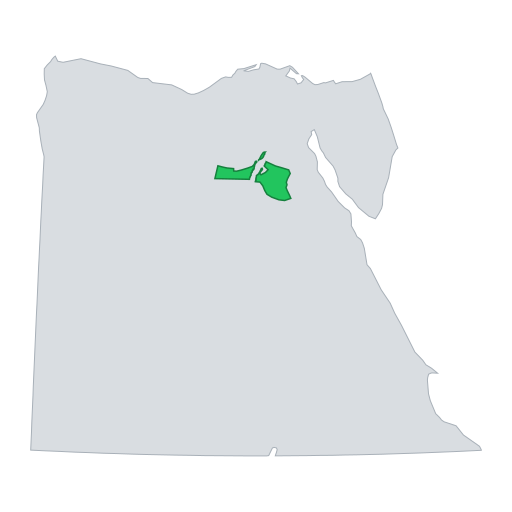 location of Zemam Out, Al Bahr al Ahmar, Egypt
{"feature_id": "37247803B53216268294562", "entity_name": "Zemam Out", "entity_type": "district", "adm_level": 2, "iso_a3": "EGY", "parent_name": "Egypt", "parent_adm1": "Al Bahr al Ahmar", "projection": "orthographic", "projection_center": [31.011, 28.84], "detail": "fine", "context": "in_parent", "style": "filled", "palette": "green", "viewbox_px": 512, "rotation_deg": 0, "n_neighbors": 0, "source": "geoboundaries", "source_scale": "gbopen_adm2", "svg_char_len": 6602}
<svg xmlns="http://www.w3.org/2000/svg" viewBox="0 0 512 512"><path d="M481.3,450.3L468.9,450.9L456.5,451.5L444.1,452.0L431.7,452.5L419.3,453.0L406.8,453.4L394.4,453.8L382.0,454.2L369.5,454.5L357.1,454.8L344.6,455.0L332.2,455.3L319.8,455.4L307.3,455.6L294.9,455.7L282.4,455.8L275.3,455.8L276.5,452.2L277.2,449.6L276.4,447.9L274.0,447.4L272.4,448.0L268.7,455.6L266.7,455.9L262.3,455.9L247.8,455.9L233.3,455.8L218.8,455.7L204.3,455.6L189.8,455.3L175.3,455.1L160.8,454.8L146.4,454.5L131.9,454.1L117.4,453.6L102.9,453.2L88.5,452.6L74.0,452.1L59.6,451.4L45.1,450.8L30.7,450.1L31.1,440.9L31.5,431.8L31.8,422.7L32.2,413.5L32.6,404.4L33.0,395.3L33.3,386.1L33.7,377.0L34.1,367.8L34.5,358.7L34.9,349.5L35.3,340.4L35.7,331.2L36.1,322.0L36.5,312.9L37.0,303.7L37.4,294.5L37.8,285.4L38.2,276.2L38.6,267.0L39.1,257.9L39.5,248.7L40.0,239.5L40.4,230.3L40.8,221.1L41.3,212.0L41.7,202.8L42.2,193.6L42.7,184.4L43.1,175.2L43.6,166.1L44.1,156.9L43.8,155.1L42.2,148.8L40.8,140.8L39.4,130.9L39.3,127.8L36.6,117.6L36.5,114.7L37.4,112.7L43.2,104.5L45.0,100.5L46.6,95.7L47.3,91.7L46.0,85.5L44.5,79.9L44.2,74.2L44.3,68.7L47.2,65.0L50.6,61.6L51.9,59.5L53.9,57.2L55.3,56.1L57.7,61.2L63.1,62.3L81.0,58.7L100.5,63.9L111.2,66.0L127.8,70.4L137.8,77.5L140.5,78.4L147.9,78.5L152.6,82.6L171.7,84.9L181.8,89.6L187.6,93.2L191.1,94.3L194.2,94.2L198.4,92.9L203.6,90.5L209.4,87.2L221.4,78.4L225.6,76.9L228.3,77.4L231.6,77.3L233.0,74.9L234.8,73.3L235.9,71.4L237.7,69.2L243.9,68.6L256.2,64.7L254.8,66.6L243.6,70.8L248.4,71.4L253.3,69.9L258.9,69.0L259.9,67.2L260.6,63.7L261.7,63.2L265.6,63.9L277.1,69.1L280.0,69.2L288.1,66.3L289.8,65.7L292.5,67.3L298.5,73.8L296.5,73.7L290.0,68.1L289.4,70.9L285.8,75.9L290.4,78.0L294.1,78.8L296.2,81.5L297.5,84.0L301.1,82.8L303.7,79.5L302.3,77.6L301.4,75.7L302.6,75.6L305.1,77.2L312.6,83.5L315.0,84.7L317.9,84.5L323.8,82.6L325.5,82.9L333.4,80.4L334.4,82.1L335.7,83.8L342.1,81.7L352.2,81.6L360.4,79.3L369.9,74.0L370.6,73.2L371.2,74.5L372.4,77.9L375.6,86.5L378.3,93.3L381.7,102.6L382.8,106.3L383.3,108.8L388.2,119.0L391.2,127.5L393.4,134.4L396.5,144.5L397.9,148.0L395.9,149.9L392.2,156.6L388.6,177.7L382.9,194.3L382.5,204.6L381.6,208.3L378.8,213.6L375.4,218.8L369.0,216.3L358.5,207.6L352.3,199.2L345.8,193.9L339.6,186.7L337.9,181.5L337.9,178.2L335.1,170.0L333.1,166.1L325.6,157.5L323.4,152.9L321.8,150.9L320.1,148.0L317.3,136.7L314.3,129.6L311.1,131.6L311.7,134.6L308.9,138.8L307.2,143.7L308.6,147.6L314.6,153.6L315.9,156.2L317.4,161.9L317.2,169.7L318.3,172.3L322.8,178.0L324.5,181.4L325.5,184.4L327.1,187.0L331.6,192.0L338.2,201.5L344.5,207.8L349.0,210.8L350.9,213.9L351.5,222.0L351.3,225.8L355.3,233.0L356.9,236.6L360.7,239.5L362.5,242.8L364.3,248.3L367.0,264.7L370.4,268.6L381.2,289.8L390.2,303.2L394.7,313.2L401.5,325.4L414.9,352.1L422.7,360.2L425.9,364.8L431.5,368.2L437.6,373.2L431.9,372.9L430.5,373.3L428.6,374.2L427.7,377.5L427.4,380.1L428.5,393.8L430.3,400.7L435.7,413.7L439.6,417.5L441.5,420.0L444.1,421.8L456.1,425.8L463.4,435.0L479.5,446.3L481.2,449.6L481.3,450.3Z" fill="#d9dde1" stroke="#a8b0b8" stroke-width="1"/><path d="M255.3,181.7L260.0,182.1L262.8,185.8L264.8,190.6L267.0,194.3L271.8,197.2L278.9,199.8L284.6,200.5L290.8,198.4L289.4,195.1L287.3,190.8L286.0,187.6L287.0,184.8L286.3,182.3L287.4,179.0L288.7,176.4L290.2,173.5L288.7,169.9L281.5,167.7L275.5,166.0L266.2,161.7L266.2,161.8L266.1,162.0L266.3,162.2L266.4,162.3L266.4,162.5L266.2,162.5L265.9,162.6L265.8,162.8L265.7,162.9L265.7,163.0L265.2,163.4L265.2,163.5L265.3,163.5L265.2,163.7L265.1,163.8L265.1,164.3L265.0,164.5L265.0,164.8L264.9,164.8L264.9,165.0L264.7,165.1L264.6,165.3L264.4,165.4L264.3,165.7L264.3,165.8L264.2,165.9L264.2,166.0L268.1,169.7L265.4,172.5L261.0,174.8L259.5,173.2L262.8,169.1L262.6,169.3L262.0,169.6L261.8,169.6L261.6,169.5L261.6,169.4L261.5,169.2L261.4,169.2L261.5,169.0L261.7,168.9L261.8,168.8L262.0,168.7L262.6,168.3L262.7,168.2L262.4,168.3L262.3,168.2L262.2,168.2L261.8,168.4L261.7,168.4L261.6,168.5L261.4,168.5L261.3,168.8L261.2,168.9L261.1,169.0L261.3,169.2L261.2,169.3L260.9,169.5L260.8,169.8L260.8,170.0L260.7,170.2L260.7,170.3L260.8,170.3L261.0,170.4L261.1,170.5L260.9,170.6L260.6,170.6L260.4,170.6L260.3,170.8L260.1,171.0L260.0,171.5L260.1,171.9L260.1,172.0L260.1,172.3L259.9,172.2L259.7,172.2L259.7,172.3L259.6,172.5L259.4,172.5L259.2,172.6L259.1,172.8L259.1,173.0L258.9,173.3L258.8,173.5L258.8,173.8L258.7,174.0L258.4,174.2L258.2,174.2L257.9,174.3L257.6,174.6L257.4,174.6L257.6,174.7L257.6,174.8L257.3,174.8L257.2,174.9L257.0,175.1L256.8,175.3L256.7,175.5L256.4,175.7L256.4,176.0L256.4,176.5L256.3,176.8L256.2,177.4L256.2,177.6L256.1,177.8L255.9,178.1L256.0,178.3L256.1,178.5L256.0,178.8L255.9,179.0L255.8,179.4L255.8,179.5L256.0,179.8L256.2,180.0L256.1,180.3L255.9,180.5L255.7,180.6L255.4,181.1L255.3,181.3L255.3,181.7ZM257.0,161.4L256.6,161.2L255.4,161.4L254.2,164.4L252.3,166.4L247.6,168.1L241.1,170.1L236.5,171.2L233.7,171.0L233.6,168.6L227.0,168.0L222.5,167.0L217.9,165.8L214.9,178.6L248.8,179.3L249.4,179.3L249.4,178.9L249.6,178.5L249.6,178.4L249.6,178.0L249.7,177.8L249.7,177.7L249.8,177.6L249.8,177.3L250.0,177.1L250.2,176.8L250.2,176.7L250.3,176.7L250.4,176.3L250.4,176.2L250.8,175.5L251.0,175.3L251.1,175.2L251.1,174.8L251.1,174.7L250.9,174.4L251.0,174.1L251.1,173.8L251.1,173.7L251.2,173.4L251.3,173.3L251.2,173.1L251.2,172.7L251.3,172.6L251.5,172.5L251.8,172.5L252.0,172.4L252.1,172.2L252.2,171.9L252.2,171.7L252.3,171.3L252.3,171.2L252.5,170.9L252.7,170.5L252.8,170.4L252.7,170.4L252.8,170.3L252.8,170.0L252.9,169.5L252.9,169.4L253.0,169.2L253.5,169.0L253.8,169.1L254.0,168.9L254.1,168.7L254.1,168.3L254.1,168.1L254.1,167.9L254.2,167.6L254.2,167.4L254.2,167.2L254.2,166.9L254.3,166.6L254.3,166.4L254.6,166.1L254.7,165.9L254.7,165.7L254.6,165.1L254.6,164.9L254.6,164.7L254.9,164.3L255.1,164.1L255.3,164.0L255.4,163.8L255.4,163.7L255.5,163.5L255.6,163.3L255.8,163.2L256.0,162.8L256.1,162.7L256.6,162.1L256.8,162.0L256.8,161.9L256.8,161.7L256.8,161.4L257.0,161.4ZM265.2,152.1L264.5,152.1L263.8,152.3L263.3,152.5L261.2,155.5L259.3,159.3L258.9,159.6L258.6,159.9L258.6,160.0L258.7,159.9L258.8,159.8L259.0,159.8L259.1,159.7L259.3,159.6L259.6,159.5L259.8,159.5L259.9,159.4L260.0,159.4L260.3,159.3L260.4,159.2L260.5,159.2L260.9,159.1L261.0,159.0L261.1,158.8L261.2,158.7L261.3,158.7L261.5,158.7L262.0,158.4L262.2,158.2L262.3,158.1L262.7,157.7L262.9,157.5L263.0,157.4L263.1,157.1L263.2,156.8L263.3,156.7L263.6,156.3L263.6,156.2L263.7,155.9L263.7,155.6L263.8,155.4L264.0,155.1L264.1,154.9L264.3,154.6L264.5,154.5L264.5,154.4L264.7,154.0L264.7,153.9L264.8,153.5L264.8,153.2L264.9,152.9L264.9,152.7L264.7,152.7L264.9,152.4L265.0,152.3L265.2,152.1Z" fill="#22c55e" stroke="#15803d" stroke-width="1.5"/></svg>